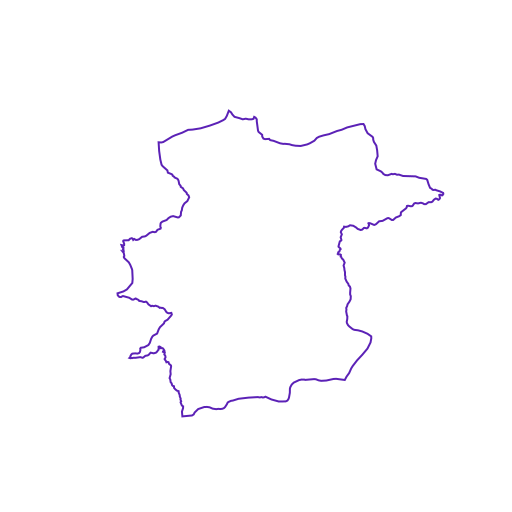 the district of Páez, Boyacá, Colombia, rotated 40°
{"feature_id": "7082276B49287929101879", "entity_name": "Páez", "entity_type": "district", "adm_level": 2, "iso_a3": "COL", "parent_name": "Colombia", "parent_adm1": "Boyacá", "projection": "mercator", "projection_center": [-73.017, 5.095], "detail": "fine", "context": "isolated", "style": "outline", "palette": "violet", "viewbox_px": 512, "rotation_deg": 40, "n_neighbors": 0, "source": "geoboundaries", "source_scale": "gbopen_adm2", "svg_char_len": 6115}
<svg xmlns="http://www.w3.org/2000/svg" viewBox="0 0 512 512"><g transform="rotate(40 256 256)"><path d="M108.3,231.5L114.3,237.8L120.7,243.6L125.0,246.8L126.7,247.2L133.1,247.4L134.9,248.8L138.9,247.5L139.7,247.5L140.6,248.1L142.4,247.9L143.1,248.2L146.0,247.4L147.0,247.5L148.4,248.2L151.0,250.3L153.2,250.7L153.9,251.4L156.6,251.1L158.3,251.9L161.6,252.1L162.3,252.2L163.1,252.9L165.4,253.0L167.1,254.0L168.1,258.1L167.4,261.6L167.7,264.0L168.4,266.4L169.8,268.7L170.2,270.3L172.3,273.3L172.1,275.9L171.4,276.7L166.9,278.7L165.4,280.7L164.6,283.2L164.4,285.9L162.2,289.8L161.8,291.7L162.1,292.6L163.4,294.5L164.1,295.2L164.9,295.5L165.3,296.4L163.8,299.1L163.7,299.7L163.9,301.6L163.2,302.8L161.3,303.9L159.7,306.7L158.9,311.0L158.3,312.4L156.4,314.5L155.7,318.2L154.8,319.8L153.7,320.9L151.8,321.2L151.6,322.6L150.4,322.0L149.4,322.2L148.4,323.8L148.3,325.8L144.7,329.0L144.5,329.5L144.7,330.0L147.2,331.4L148.1,332.6L147.8,333.1L145.9,334.1L147.9,335.2L148.9,334.8L149.4,335.0L149.7,336.4L150.5,336.4L151.8,337.6L151.8,337.9L150.9,338.3L152.8,338.7L155.1,340.6L155.2,341.5L155.7,342.0L156.9,342.3L162.6,342.6L165.3,343.6L169.3,345.7L170.3,346.4L176.3,352.9L178.6,356.2L178.6,364.6L177.2,368.4L173.9,373.6L175.4,375.0L177.6,375.2L179.0,374.2L179.6,372.5L180.2,372.0L185.7,369.5L189.2,369.0L190.2,368.1L191.0,366.0L191.3,365.8L192.0,365.9L192.8,365.5L194.4,365.2L195.4,365.5L197.5,364.2L199.4,363.5L200.2,362.9L201.0,361.7L202.4,361.6L204.7,362.2L207.9,361.9L208.4,360.9L210.0,360.1L211.0,358.6L213.7,357.6L215.6,357.6L216.1,356.9L217.2,356.4L218.0,355.7L220.2,355.5L223.2,356.5L224.7,356.5L226.1,355.9L227.7,354.0L229.1,354.9L229.3,356.0L229.2,361.7L228.2,364.3L228.2,365.3L228.8,366.8L228.2,372.2L228.6,374.7L230.1,379.0L228.5,383.0L228.4,384.3L228.9,386.8L230.5,390.8L230.8,393.4L229.0,397.8L226.7,400.4L226.9,401.5L227.8,402.2L228.8,404.2L228.8,405.6L227.9,407.0L226.2,408.1L224.0,410.3L223.8,411.6L224.1,413.2L224.7,414.5L224.6,415.4L225.6,415.0L226.2,414.1L226.7,413.9L227.4,412.9L229.1,411.5L232.4,407.8L234.5,406.9L234.9,406.2L235.4,403.6L236.9,401.8L237.3,400.7L237.4,397.8L240.2,396.3L241.5,394.4L241.7,392.7L241.5,391.3L241.6,390.3L239.7,388.1L240.2,387.4L241.4,387.1L242.0,388.0L242.3,387.9L243.4,386.8L244.3,386.6L246.6,387.3L246.8,387.6L246.1,388.8L246.3,389.2L248.1,388.5L249.1,390.4L250.3,390.6L251.0,391.0L251.9,391.9L252.2,393.7L252.6,393.9L254.1,394.2L255.7,395.0L256.3,394.0L257.2,393.6L258.7,394.5L261.2,394.5L261.9,395.1L264.4,399.2L266.6,401.4L268.3,405.1L269.7,405.7L271.7,407.5L273.3,407.8L274.6,408.8L275.6,409.0L276.9,408.5L278.0,409.7L280.0,410.0L281.9,410.0L283.6,409.3L284.5,410.3L287.0,411.6L287.8,412.5L290.1,413.8L290.4,414.5L292.1,415.4L292.2,416.5L292.7,416.8L295.2,418.1L296.0,418.2L296.8,418.0L297.9,419.4L299.3,422.8L302.7,426.2L309.5,419.3L310.1,417.4L309.6,415.3L310.1,410.4L313.4,405.0L315.5,403.1L317.8,401.7L320.9,400.8L324.0,398.9L325.4,397.3L327.0,396.2L328.4,394.7L329.2,393.2L329.4,391.7L329.0,388.4L328.5,386.4L328.8,385.4L329.9,383.1L331.2,381.6L334.4,376.6L341.3,369.3L348.1,362.9L349.7,362.0L351.0,360.5L352.2,360.0L353.0,359.1L353.7,357.7L360.0,356.0L367.0,352.8L372.2,348.3L373.0,346.6L372.8,344.7L372.3,343.3L369.9,339.1L367.3,335.9L366.6,334.5L366.0,331.5L366.3,328.7L368.8,323.3L370.4,321.3L372.5,319.6L373.3,319.3L379.7,312.9L381.2,311.9L383.9,311.0L386.2,309.7L389.9,306.2L394.4,300.4L396.3,298.6L403.7,293.9L402.9,290.1L402.6,285.8L401.2,280.9L400.8,278.1L400.5,270.9L400.9,263.3L400.9,255.3L399.3,248.6L397.2,244.9L395.9,243.5L391.4,243.9L385.9,245.5L382.0,247.3L378.7,249.4L377.0,249.9L372.6,250.0L370.9,249.8L368.7,248.9L367.8,248.1L366.4,245.6L364.7,243.4L364.0,243.2L360.7,240.5L359.7,238.9L358.5,237.8L358.0,235.8L357.2,234.2L356.9,230.8L356.3,228.3L354.4,225.8L352.9,225.0L351.7,223.6L349.2,220.1L347.5,219.0L346.0,219.0L344.6,218.0L342.0,217.4L338.9,215.9L337.8,214.4L336.5,213.5L334.6,211.2L332.7,209.8L331.4,208.5L329.2,207.0L328.2,204.1L325.1,202.7L323.4,202.7L321.8,201.9L321.2,202.0L320.4,200.6L319.6,200.6L318.0,201.9L317.3,201.9L317.2,201.0L316.6,200.4L317.0,198.9L316.4,197.8L316.4,196.3L315.8,196.0L313.4,195.9L313.0,195.6L310.8,190.9L311.3,189.5L311.2,188.9L308.8,187.2L307.8,184.2L305.7,183.3L305.2,182.4L305.0,180.5L305.2,178.0L304.6,176.9L306.2,175.9L307.6,174.0L308.3,172.0L311.1,170.3L314.5,169.8L316.4,169.9L319.5,168.8L320.4,167.5L320.6,165.2L321.0,164.7L323.1,163.6L323.5,162.3L322.9,159.9L322.1,159.2L321.1,158.7L321.3,158.2L322.5,157.5L326.2,156.4L326.8,156.0L327.5,154.4L328.0,150.3L330.4,147.7L332.3,142.7L332.9,141.9L333.9,141.5L336.9,141.1L337.9,140.2L338.4,136.6L340.1,133.5L340.6,131.6L339.2,129.8L339.0,129.1L340.3,123.1L340.2,122.0L339.5,120.7L340.1,119.8L342.6,118.4L343.5,117.5L343.7,116.8L343.4,114.2L344.0,113.0L346.3,111.6L348.1,109.2L349.9,108.4L351.4,108.2L352.8,107.1L353.6,103.9L355.6,102.2L356.2,101.0L356.1,98.6L356.7,96.5L357.9,95.9L359.5,95.8L359.7,95.6L359.9,94.4L359.7,93.3L357.2,91.5L357.6,90.7L358.4,90.3L359.2,90.2L359.8,89.7L359.6,88.0L358.8,87.4L355.5,88.2L351.7,89.8L350.9,89.9L349.3,91.5L348.5,91.8L347.4,91.6L345.5,91.9L341.9,90.0L338.2,87.6L336.8,87.6L330.7,91.2L327.1,92.4L317.2,100.2L313.1,101.8L311.8,103.1L309.6,103.8L308.3,105.4L307.1,105.9L305.1,109.4L303.0,110.9L300.8,111.3L299.3,110.9L297.2,110.9L292.7,112.1L288.0,108.7L286.3,105.4L285.1,101.4L280.9,97.2L277.2,94.1L273.0,92.8L271.1,91.6L269.9,90.3L268.7,89.8L262.6,90.2L258.3,88.5L255.8,86.6L253.5,85.8L251.1,88.0L243.2,98.9L240.5,104.2L237.7,108.2L233.7,115.6L230.2,120.2L227.7,124.0L226.7,126.5L226.6,130.2L224.8,135.0L223.5,137.6L219.5,143.0L215.4,146.1L212.3,147.9L209.8,148.9L206.0,151.5L204.8,152.6L202.0,154.2L195.4,156.5L192.6,158.0L191.9,158.1L190.8,157.8L187.9,160.6L186.3,161.3L184.0,160.5L182.8,159.2L178.3,159.3L177.0,158.7L170.1,152.4L168.7,150.8L166.7,150.3L165.2,150.6L165.9,152.5L165.0,153.9L162.6,156.0L159.9,157.4L158.0,159.8L154.6,161.1L150.1,163.2L147.0,162.8L144.5,162.0L141.8,162.2L143.6,167.5L144.2,170.8L143.6,172.9L141.3,178.1L136.8,185.8L131.5,193.8L126.1,200.0L122.9,203.0L120.2,209.0L116.5,215.4L115.1,218.3L111.7,228.3L110.5,229.9L108.3,231.5Z" fill="none" stroke="#5b21b6" stroke-width="2"/></g></svg>